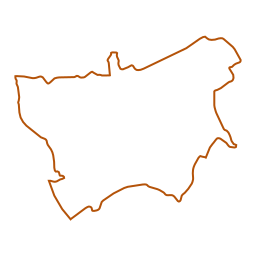 map outline of Mambéré-Kadéï (Natural Earth projection)
{"feature_id": "CAF-801", "entity_name": "Mambéré-Kadéï", "entity_type": "Prefecture", "adm_level": 1, "iso_a3": "CAF", "parent_name": "Central African Republic", "parent_adm1": "", "projection": "natural_earth1", "projection_center": [15.964, 4.523], "detail": "fine", "context": "isolated", "style": "outline", "palette": "amber", "viewbox_px": 256, "rotation_deg": 0, "n_neighbors": 0, "source": "natural_earth", "source_scale": "10m", "svg_char_len": 3311}
<svg xmlns="http://www.w3.org/2000/svg" viewBox="0 0 256 256"><path d="M55.9,171.6L54.9,170.6L54.3,167.8L54.1,161.7L53.2,155.3L52.4,152.4L51.0,149.4L47.8,144.9L47.2,143.4L46.6,140.7L46.0,139.7L44.9,138.9L40.9,137.3L26.4,125.7L23.1,122.0L20.6,117.5L19.4,112.5L18.8,104.4L18.2,102.6L18.3,101.9L18.7,100.8L19.1,98.2L19.2,97.1L17.9,87.1L17.4,85.8L16.9,84.7L16.5,83.7L16.7,80.8L16.3,79.8L15.7,78.9L15.4,77.7L15.4,76.2L16.7,76.1L24.1,76.5L32.3,78.1L34.3,78.1L36.1,77.8L39.3,76.7L40.4,76.5L41.5,76.7L42.6,77.3L42.8,77.4L46.1,81.8L47.2,83.0L47.7,83.4L48.3,83.5L49.1,83.2L50.5,82.1L54.5,78.4L57.0,77.7L59.2,77.4L74.2,77.1L75.6,76.6L76.2,76.1L76.8,75.9L77.9,76.0L80.0,77.3L80.4,77.4L81.1,77.6L83.7,77.4L84.3,77.2L85.1,76.8L90.7,72.4L91.7,71.9L92.2,71.8L92.7,72.1L93.9,72.9L97.5,74.9L99.5,74.8L100.2,74.9L100.8,75.0L101.7,75.4L102.4,75.5L109.4,75.4L109.9,75.3L108.8,63.4L108.6,62.3L108.2,61.5L107.8,60.9L107.6,60.3L107.8,59.5L108.2,58.8L110.8,55.1L111.1,54.2L111.1,53.5L111.1,52.9L111.6,52.6L112.6,52.4L115.4,52.5L116.5,52.6L117.1,53.1L116.8,55.1L116.9,55.9L117.1,56.9L118.2,59.3L118.6,60.3L118.7,61.0L118.6,61.7L118.5,62.3L118.4,63.0L118.4,63.6L118.5,64.5L118.7,65.3L120.4,68.7L121.4,69.2L122.9,69.3L128.1,67.2L130.7,65.7L131.6,65.3L132.6,65.6L133.2,66.1L134.3,67.9L135.1,68.9L136.5,69.9L138.2,70.1L140.6,69.8L143.6,68.7L186.3,48.2L199.8,38.8L203.0,37.1L205.1,36.7L207.3,38.5L209.0,39.5L211.5,39.9L215.0,39.6L218.6,38.5L220.8,38.2L222.3,38.3L223.5,38.9L232.8,46.9L234.7,49.3L240.6,59.9L240.6,60.9L240.2,61.8L239.4,62.4L236.1,63.6L234.9,64.3L233.9,65.0L232.6,66.3L232.1,66.8L231.4,67.0L230.1,67.2L229.8,67.3L229.6,67.4L229.4,67.6L229.3,67.9L229.3,68.2L229.4,68.6L233.2,74.8L233.5,77.8L233.3,78.7L232.9,79.8L232.2,80.7L231.4,81.2L230.5,81.6L229.8,81.7L228.9,82.1L227.9,82.8L220.9,88.1L217.3,89.9L215.5,90.4L214.9,90.7L214.3,91.4L214.3,105.2L214.6,107.3L215.7,111.3L216.4,113.2L223.8,129.0L224.7,129.9L226.7,130.7L228.4,132.5L229.6,134.9L230.5,137.2L231.4,140.5L231.9,141.5L233.4,143.6L233.7,144.1L234.2,144.2L236.2,145.0L236.0,146.9L235.3,147.3L234.4,147.5L230.0,146.9L229.6,146.7L228.9,146.2L227.5,144.5L226.9,143.6L226.2,142.8L220.7,138.9L219.7,138.4L218.6,138.2L217.8,138.2L216.9,138.6L215.9,139.7L213.6,142.7L212.5,144.0L209.9,147.5L205.8,157.6L205.0,157.2L202.4,156.7L200.3,156.1L199.6,156.6L198.5,157.8L194.8,164.4L193.8,166.8L193.3,168.5L193.0,170.1L192.8,173.3L193.1,177.9L193.1,179.2L192.8,180.6L192.5,181.8L191.8,183.6L188.3,188.8L184.8,192.8L182.7,194.5L182.2,195.1L181.7,195.8L180.8,199.4L180.5,200.3L180.0,201.0L179.4,201.4L178.7,201.5L177.8,201.0L174.5,196.8L173.5,195.9L172.4,195.3L171.2,195.1L167.8,195.2L166.6,195.1L165.6,194.6L165.0,194.0L164.4,193.2L163.5,192.4L159.6,190.1L157.5,189.2L149.6,186.9L148.8,186.5L148.0,186.0L147.4,185.3L146.7,184.8L146.0,184.5L144.7,184.4L142.8,184.5L127.8,186.8L124.2,188.0L113.6,193.4L103.2,200.5L101.7,202.0L99.6,208.2L99.1,209.0L98.1,209.8L96.7,210.4L94.2,210.9L92.9,210.9L92.2,210.5L91.6,208.0L91.3,207.5L90.8,207.1L90.2,206.8L89.4,206.6L88.6,206.6L87.3,207.1L85.4,208.2L71.0,218.9L70.6,219.3L69.7,218.2L62.2,209.1L54.3,195.6L48.9,180.8L50.5,180.8L53.4,181.6L54.9,181.8L56.7,181.4L60.3,179.4L62.3,178.9L64.1,178.0L63.9,176.8L62.8,175.9L61.4,175.7L60.1,175.7L59.6,175.0L59.3,173.5L58.7,172.0L57.3,171.4L55.9,171.6Z" fill="none" stroke="#b45309" stroke-width="2"/></svg>